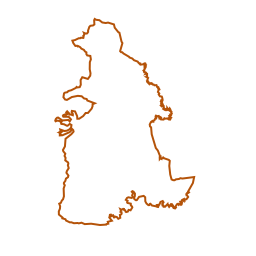 Na Kae, Nakhon Phanom, Thailand (Albers equal-area conic projection), rotated 99°
{"feature_id": "78962969B53080362722064", "entity_name": "Na Kae", "entity_type": "district", "adm_level": 2, "iso_a3": "THA", "parent_name": "Thailand", "parent_adm1": "Nakhon Phanom", "projection": "albers", "projection_center": [104.436, 16.963], "detail": "fine", "context": "isolated", "style": "outline", "palette": "amber", "viewbox_px": 256, "rotation_deg": 99, "n_neighbors": 0, "source": "geoboundaries", "source_scale": "gbopen_adm2", "svg_char_len": 5856}
<svg xmlns="http://www.w3.org/2000/svg" viewBox="0 0 256 256"><g transform="rotate(99 128 128)"><path d="M224.3,182.7L226.7,178.6L227.5,178.7L227.9,175.5L229.1,174.7L230.3,170.7L230.0,169.3L230.5,166.5L229.7,162.8L229.9,161.7L228.8,159.1L229.7,155.7L228.3,149.4L228.2,140.5L226.8,134.4L226.3,134.3L225.6,132.5L223.8,133.3L222.1,129.4L219.3,132.5L218.7,132.4L217.8,130.8L217.3,132.3L216.6,132.3L216.2,131.3L217.1,130.4L216.5,129.1L218.5,128.0L218.4,127.4L217.5,127.2L217.7,125.1L219.2,123.4L217.9,121.6L215.1,122.4L214.4,121.2L213.6,120.9L212.2,121.2L212.0,122.3L210.6,122.1L209.3,122.9L209.7,121.5L208.6,120.1L208.6,119.4L209.4,119.4L209.7,117.9L210.9,117.4L211.3,116.7L210.6,115.1L208.8,114.6L208.9,112.6L205.8,111.3L204.9,111.7L204.0,113.1L202.3,113.4L202.1,116.8L201.4,117.3L200.0,117.0L199.3,118.9L197.2,118.0L196.4,116.8L196.5,113.5L195.6,112.3L193.9,113.4L191.5,112.8L190.4,114.3L189.7,113.8L190.0,112.6L191.7,110.9L194.2,110.6L196.3,111.1L197.3,110.5L198.1,108.8L197.8,108.0L194.3,106.3L192.6,101.9L193.7,100.2L197.8,99.4L199.7,97.9L201.0,95.8L200.8,94.9L199.5,94.5L199.3,94.0L200.8,92.2L201.0,87.6L200.3,86.5L201.3,86.5L201.3,85.9L200.2,85.7L200.1,87.5L199.6,87.6L198.9,85.1L195.9,84.3L194.7,82.3L195.8,81.3L197.4,82.2L197.8,81.7L198.4,82.1L199.3,81.7L199.5,80.5L200.2,80.4L200.0,79.1L196.9,77.0L197.5,76.8L197.9,75.1L198.5,75.9L199.5,75.0L197.8,74.0L198.0,73.3L196.5,73.6L196.3,72.8L197.6,71.4L198.3,70.9L198.4,71.6L199.9,70.5L200.1,68.9L199.0,68.2L198.4,68.9L195.6,67.7L195.1,66.9L195.9,66.0L195.1,65.6L195.4,65.1L194.8,64.3L195.6,63.6L195.2,63.1L193.9,63.0L194.2,63.9L193.3,63.7L193.6,64.3L192.9,64.7L192.9,64.0L191.1,63.6L190.6,63.2L190.9,62.5L190.3,62.9L189.6,61.9L190.1,61.9L190.6,60.8L189.7,60.9L189.2,59.1L186.7,57.8L185.1,59.3L185.2,59.7L184.4,60.0L184.3,59.6L182.9,59.4L182.7,58.3L182.0,57.7L181.3,58.7L172.2,55.3L166.1,55.0L169.4,66.3L169.4,68.4L170.4,69.7L171.2,72.6L172.3,73.8L172.5,75.1L172.0,76.9L167.4,79.0L159.0,81.3L153.9,81.6L153.1,82.7L152.3,87.4L151.6,88.6L152.5,89.0L152.6,90.2L153.1,90.2L152.8,90.8L153.2,90.6L153.1,91.5L153.6,91.8L152.0,92.1L151.9,91.5L150.8,91.4L150.7,92.0L145.6,95.0L143.4,97.4L130.5,103.6L123.7,105.3L123.0,106.5L121.1,107.1L118.6,106.3L118.4,105.7L117.8,105.6L117.8,104.1L116.9,104.4L116.3,103.1L114.3,102.6L114.3,101.8L113.4,101.5L112.1,102.6L111.4,102.3L111.8,101.1L111.3,99.6L113.1,98.7L112.0,98.2L112.3,97.3L112.7,96.9L113.7,97.7L114.4,96.8L114.1,94.2L112.7,93.6L113.0,92.8L112.3,90.2L113.2,89.0L113.1,87.7L112.0,87.4L111.6,87.8L111.0,87.1L110.2,88.3L111.1,88.4L111.6,89.1L110.0,88.7L109.6,89.1L108.8,87.7L108.1,88.3L107.9,87.6L107.0,87.0L106.2,87.7L105.4,87.5L104.3,89.8L103.8,88.7L102.6,89.4L102.2,89.8L103.2,90.0L102.7,90.4L103.1,91.3L102.1,92.3L102.6,92.2L103.0,93.0L104.3,92.6L104.5,93.4L103.5,94.6L103.5,95.3L104.0,95.3L103.6,96.2L102.5,95.6L101.6,96.4L100.8,96.1L100.3,96.8L100.3,97.5L101.0,98.0L100.5,98.4L101.0,98.6L100.6,99.1L100.1,98.5L99.1,98.9L98.9,97.6L98.1,98.1L98.5,98.3L98.0,98.8L96.6,98.5L97.3,99.3L96.8,99.7L96.4,99.3L95.5,99.6L95.1,98.8L93.5,98.6L91.7,99.5L91.7,101.4L90.1,102.9L89.0,102.5L87.7,104.1L85.1,103.6L84.9,103.1L84.1,103.6L84.2,104.4L82.1,104.7L83.2,105.1L83.1,105.5L81.2,106.6L81.7,108.6L81.0,109.5L81.2,110.4L80.0,111.6L80.1,112.4L80.8,112.5L80.6,113.7L81.2,113.9L80.4,114.8L79.9,114.5L79.4,114.9L79.3,115.3L80.0,115.5L79.4,116.3L78.7,116.6L78.3,115.9L77.3,116.4L75.4,116.0L74.7,117.8L74.4,117.0L73.1,117.7L73.0,117.4L71.7,117.6L71.8,118.0L71.1,118.4L71.4,118.9L71.0,118.7L70.2,119.4L70.4,120.7L69.9,121.1L68.7,121.0L68.6,121.5L67.5,120.8L66.4,121.0L66.7,120.7L65.4,120.1L64.4,120.1L64.1,120.7L63.3,120.3L63.2,121.0L62.4,120.5L61.7,120.9L62.1,121.4L61.7,122.0L62.7,123.0L63.5,125.7L62.9,126.5L62.3,126.3L62.1,127.7L60.9,128.8L60.1,132.7L58.7,134.6L58.1,137.6L57.5,138.1L55.1,144.2L54.1,145.5L54.2,146.7L53.3,147.8L45.0,146.8L43.7,147.9L35.2,151.4L34.9,152.5L31.0,156.8L27.9,158.1L27.0,164.2L27.8,166.4L27.8,169.9L26.0,173.1L26.1,176.5L25.5,177.9L26.8,178.3L31.0,177.4L32.2,178.6L32.9,181.1L34.1,182.0L38.1,182.7L39.3,182.4L40.9,183.1L41.4,184.4L40.9,186.4L41.7,185.9L43.2,186.0L44.1,186.6L44.7,186.1L46.0,186.2L46.2,188.7L46.9,189.4L47.0,190.6L49.5,194.2L50.4,196.6L52.7,195.3L55.2,192.8L54.7,191.2L55.3,190.4L54.9,189.9L55.7,187.8L56.9,186.5L57.7,183.8L59.1,182.5L59.8,180.9L61.5,180.7L62.7,179.6L62.7,176.5L66.0,175.4L68.9,176.0L76.0,175.0L79.8,173.6L82.3,173.5L85.8,175.3L85.0,181.1L88.1,182.3L92.7,181.4L95.2,182.1L95.9,184.5L95.5,185.2L96.6,185.8L99.6,190.0L100.8,192.7L102.1,193.5L103.0,195.9L103.8,196.6L107.7,196.6L109.7,194.6L109.8,192.7L106.2,188.3L104.1,182.6L103.9,178.7L105.7,176.0L105.8,173.4L107.2,172.5L108.8,164.7L110.1,166.7L112.0,166.4L114.5,166.9L119.4,169.9L119.8,172.2L123.2,174.1L126.5,177.7L126.8,179.5L124.2,180.1L119.9,182.9L119.9,186.1L121.1,186.2L122.9,184.6L124.0,184.5L123.6,186.9L123.9,187.9L122.8,188.4L121.5,190.1L122.7,190.1L121.8,191.2L122.5,191.5L124.0,190.4L124.7,191.3L124.5,192.4L125.4,193.9L126.2,194.2L127.0,193.6L126.2,188.4L128.4,185.7L130.6,186.6L129.4,188.2L130.8,194.0L128.6,198.7L129.0,199.7L130.4,200.7L132.2,201.0L132.7,200.5L131.8,199.1L131.8,196.5L132.6,195.5L132.3,194.6L133.4,195.0L134.4,194.5L134.3,191.8L135.3,188.8L135.2,188.0L133.1,186.2L133.9,184.3L136.4,184.3L138.6,185.7L140.2,187.9L140.9,190.3L140.1,194.7L141.9,194.0L142.7,194.9L142.5,193.2L143.9,194.6L144.7,193.6L145.2,194.3L146.0,194.2L145.4,191.6L141.3,185.1L140.2,184.1L137.7,183.1L138.6,181.8L140.1,181.2L143.0,183.0L148.4,188.0L156.1,187.4L159.9,188.8L161.2,188.2L163.2,185.9L165.5,186.3L167.2,185.0L169.8,184.9L171.4,181.8L172.7,181.3L174.1,181.6L176.9,180.3L180.3,181.7L181.9,181.8L184.3,179.4L186.0,179.6L187.7,181.4L190.0,181.6L192.1,182.7L193.1,182.6L194.4,181.5L197.8,182.1L205.5,180.6L208.6,181.0L210.0,182.0L212.4,182.6L213.5,184.1L215.8,182.8L218.3,182.6L221.2,183.3L224.3,182.7Z" fill="none" stroke="#b45309" stroke-width="2"/></g></svg>